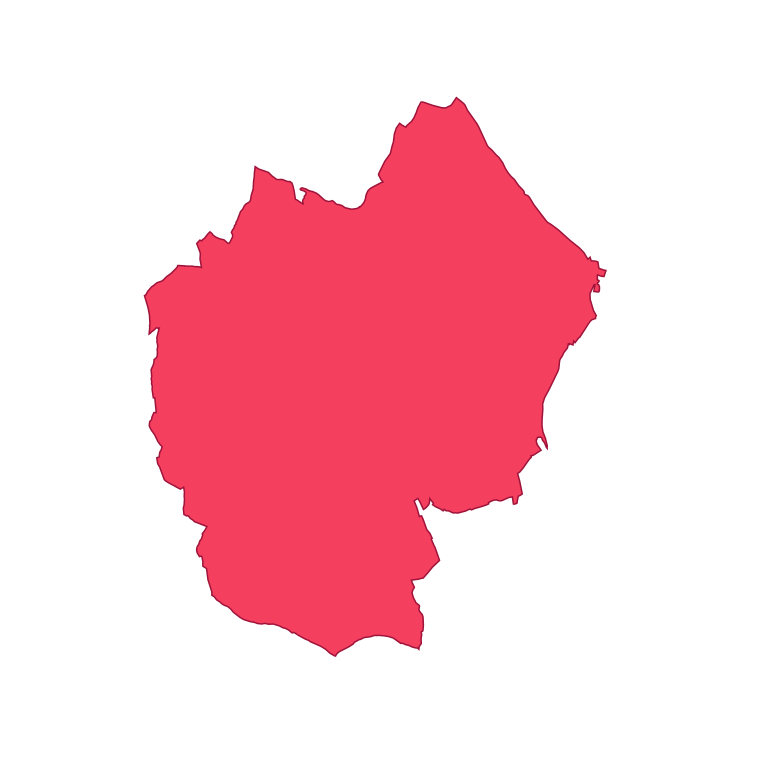 the district of Palatca, Cluj, Romania, rotated 243°
{"feature_id": "2599482B3358887254136", "entity_name": "Palatca", "entity_type": "district", "adm_level": 2, "iso_a3": "ROU", "parent_name": "Romania", "parent_adm1": "Cluj", "projection": "natural_earth1", "projection_center": [23.989, 46.864], "detail": "fine", "context": "isolated", "style": "filled", "palette": "rose", "viewbox_px": 768, "rotation_deg": 243, "n_neighbors": 0, "source": "geoboundaries", "source_scale": "gbopen_adm2", "svg_char_len": 6171}
<svg xmlns="http://www.w3.org/2000/svg" viewBox="0 0 768 768"><g transform="rotate(243 384 384)"><path d="M582.0,485.7L574.3,475.4L573.0,474.1L567.6,474.1L564.5,474.8L564.7,472.5L564.6,462.0L564.4,460.3L563.4,457.3L560.7,454.0L557.0,451.1L555.1,448.9L553.4,445.5L552.7,443.1L552.6,442.6L553.0,442.6L552.6,440.6L552.8,439.2L554.4,434.5L558.7,429.4L562.3,427.4L564.6,424.9L565.6,423.3L569.5,422.0L570.9,421.1L571.2,419.1L571.7,417.6L573.7,415.3L575.5,414.2L582.5,411.6L584.8,410.3L588.0,407.7L588.0,407.4L590.9,404.5L593.0,403.2L596.0,400.0L596.1,398.9L595.7,397.8L595.3,397.7L594.5,398.1L592.6,400.1L590.5,401.4L589.8,401.5L588.7,400.8L587.9,399.4L587.5,398.2L586.0,397.5L585.1,395.6L583.8,394.4L581.3,393.7L582.2,392.9L587.5,390.0L588.8,388.9L596.5,391.5L601.8,392.8L604.9,393.2L607.0,392.2L608.2,390.0L612.4,386.2L614.8,381.4L620.1,378.7L625.0,377.1L632.4,370.0L636.2,367.9L630.5,364.1L627.6,362.5L623.8,359.8L617.2,356.0L612.5,351.5L608.1,348.2L607.3,346.6L607.0,342.3L606.1,340.4L603.9,337.4L602.7,334.4L596.1,327.1L595.6,326.0L593.4,324.1L593.1,322.8L592.0,322.1L590.7,320.4L590.0,318.9L588.3,316.8L586.3,316.9L584.0,316.1L579.8,310.4L580.1,308.9L585.1,306.9L587.8,303.7L591.1,300.9L594.2,299.3L596.0,299.1L598.6,298.0L597.8,295.5L595.3,290.1L595.0,287.9L594.3,286.6L595.8,285.2L594.2,280.9L584.8,279.9L582.9,279.2L578.9,276.8L570.8,274.3L572.9,271.7L574.6,268.5L576.0,266.8L579.5,260.0L579.8,260.0L583.2,254.1L581.8,252.4L581.2,250.7L579.2,244.5L578.4,239.2L576.7,233.9L576.6,232.8L577.3,227.7L576.3,223.0L576.0,220.8L573.9,215.7L571.5,212.1L571.5,210.7L559.1,208.4L551.9,206.3L543.7,202.7L542.3,201.5L541.0,201.1L535.2,197.4L535.4,198.9L536.1,201.0L536.3,203.0L537.4,206.6L536.9,207.5L535.7,208.1L535.8,209.0L528.4,202.6L525.8,201.6L525.0,200.9L520.6,199.7L517.7,197.5L515.3,196.6L511.9,194.6L510.7,193.0L510.1,190.2L508.0,189.0L505.8,187.1L502.5,183.0L496.1,180.4L494.1,178.8L492.0,178.3L489.7,177.0L487.1,176.5L484.5,174.9L476.4,172.2L475.7,173.5L462.0,168.1L463.0,166.0L460.0,162.3L458.0,160.9L457.4,160.0L457.0,158.3L453.8,156.1L452.8,155.8L450.6,155.7L448.0,155.8L443.3,156.6L435.8,156.4L432.1,156.9L428.9,157.8L426.4,155.5L425.3,153.6L422.8,151.6L421.2,150.8L421.1,149.8L421.5,148.2L420.2,147.6L415.8,146.2L411.9,146.4L398.6,144.8L396.8,145.4L393.0,147.7L382.8,154.8L383.0,158.6L378.5,157.2L374.7,155.0L372.1,154.0L367.0,151.0L364.5,148.8L358.6,146.5L356.1,148.2L355.5,149.7L352.2,150.4L349.6,151.9L347.3,152.7L337.4,161.5L334.9,157.9L333.0,154.0L331.9,154.0L328.8,150.9L327.8,148.7L325.3,146.1L324.0,143.9L322.0,142.1L320.1,141.3L318.4,140.9L314.0,141.2L313.6,143.2L312.4,143.2L308.4,142.1L303.9,139.9L300.1,142.1L289.5,138.3L277.5,136.3L275.8,135.7L273.9,134.7L271.8,136.1L267.6,136.9L264.4,138.8L261.2,140.0L258.7,141.8L257.0,143.5L253.4,145.2L248.9,146.2L241.3,149.8L238.0,151.9L233.3,156.6L229.9,160.9L228.2,162.3L225.7,166.1L224.7,169.3L222.5,171.9L220.3,176.5L215.7,181.2L213.1,182.9L210.8,185.4L208.2,187.3L203.9,189.1L203.7,190.5L202.9,191.4L198.7,193.8L192.3,198.2L189.6,200.6L187.9,201.3L179.3,208.4L174.1,211.6L168.7,213.6L163.7,216.9L163.7,217.6L164.6,218.6L165.3,220.4L165.8,222.5L165.8,233.2L166.3,238.5L167.3,240.4L167.4,244.5L167.6,245.0L167.1,247.3L167.1,251.0L164.9,257.5L164.4,260.9L163.9,262.1L163.1,263.4L162.9,264.4L159.7,269.6L157.0,273.3L153.5,276.9L145.2,281.2L144.9,282.3L144.1,283.2L142.3,284.6L139.5,287.7L137.1,289.5L134.7,292.1L133.4,294.1L131.8,294.6L134.1,296.2L135.8,299.4L140.1,301.3L143.4,303.7L146.1,304.6L146.4,305.3L146.2,306.0L146.5,306.7L151.2,309.6L158.7,313.0L161.0,313.4L165.4,312.5L167.2,312.7L170.1,314.9L171.3,314.7L174.4,313.2L180.5,313.2L185.3,314.2L187.7,316.5L188.8,318.6L189.1,318.8L193.9,318.9L196.8,319.4L194.4,326.2L194.1,328.1L193.3,330.9L196.0,337.7L198.8,344.0L201.6,353.4L215.3,355.3L217.2,355.2L224.1,355.7L224.7,356.2L224.7,356.9L230.0,357.1L234.9,356.0L245.4,357.4L249.4,357.6L249.7,357.3L249.8,355.4L258.7,357.1L266.2,357.8L266.7,362.2L262.8,362.5L254.3,362.2L254.6,364.9L256.1,368.9L257.6,370.6L261.1,372.8L255.4,373.9L254.4,372.5L251.3,374.2L246.8,377.7L244.2,379.0L244.1,379.4L245.1,380.6L242.8,381.8L241.8,383.8L237.7,387.1L236.7,389.4L235.5,391.1L233.8,399.0L233.6,403.9L232.3,404.6L232.1,405.2L231.9,408.2L230.4,415.9L229.7,420.8L229.7,423.0L231.0,423.3L230.8,427.9L230.5,429.5L229.7,431.4L227.7,433.6L226.8,435.2L226.5,437.2L226.2,443.9L225.1,447.1L218.3,444.8L217.8,445.5L217.4,447.4L217.6,448.7L218.3,448.9L223.1,452.7L222.9,454.6L223.3,457.3L235.9,460.8L243.2,462.3L243.7,462.7L243.9,464.9L245.9,469.7L250.9,479.1L251.8,481.9L252.2,482.2L253.2,482.2L253.2,483.6L252.7,484.2L253.7,493.9L261.2,492.9L261.6,493.3L263.1,493.4L265.1,494.3L265.3,494.5L265.2,494.9L266.7,496.5L266.3,497.9L264.8,500.2L262.2,499.7L258.5,500.3L253.7,499.9L252.6,500.2L254.7,501.1L254.7,501.4L262.2,503.1L269.4,503.9L274.7,505.7L279.7,508.2L289.7,514.2L294.2,516.3L298.8,520.8L304.4,528.9L316.2,544.5L318.3,546.7L325.1,551.1L326.4,552.6L327.9,555.4L330.4,558.6L332.8,563.8L335.9,566.3L335.1,566.9L335.9,567.4L333.0,570.1L336.1,572.5L334.1,573.0L336.7,578.4L336.8,579.7L346.2,595.9L346.9,598.7L346.3,602.2L347.0,602.4L348.6,604.2L354.4,604.0L365.7,606.1L371.1,608.6L377.1,616.4L376.8,617.0L375.9,616.5L371.2,612.9L368.7,616.7L368.7,617.5L370.2,618.8L373.3,620.3L374.5,620.0L375.1,620.4L376.3,619.4L377.2,620.1L377.4,621.5L378.2,622.5L378.8,622.4L380.0,621.4L384.1,623.5L384.2,624.2L382.7,625.2L381.1,626.9L379.9,628.8L384.4,633.3L385.7,631.6L389.5,628.0L395.5,630.0L397.2,628.6L399.8,624.5L403.4,625.2L402.6,622.3L410.0,621.8L416.5,619.9L427.6,614.9L442.0,609.4L450.1,605.4L453.5,603.3L455.1,602.7L475.7,598.9L484.4,598.3L486.7,597.6L488.5,595.9L489.4,595.4L491.8,596.1L493.3,596.0L499.8,594.0L507.2,593.0L511.1,591.5L515.6,590.5L520.9,590.0L527.1,590.2L533.5,589.3L537.7,587.8L543.5,586.3L547.7,584.6L549.5,584.3L569.9,585.1L573.5,585.0L590.1,582.6L595.8,582.8L597.9,582.3L606.3,578.5L602.1,570.9L601.9,569.8L602.0,564.2L603.9,560.9L610.6,553.4L616.7,547.6L618.1,545.8L618.3,544.8L614.7,539.6L611.3,536.1L607.7,531.7L605.4,527.6L603.9,521.6L602.9,520.0L606.3,517.7L609.2,516.3L606.4,511.1L602.1,506.8L595.2,502.1L592.6,499.5L586.5,494.3L582.0,485.7Z" fill="#f43f5e" stroke="#9f1239" stroke-width="1.5"/></g></svg>